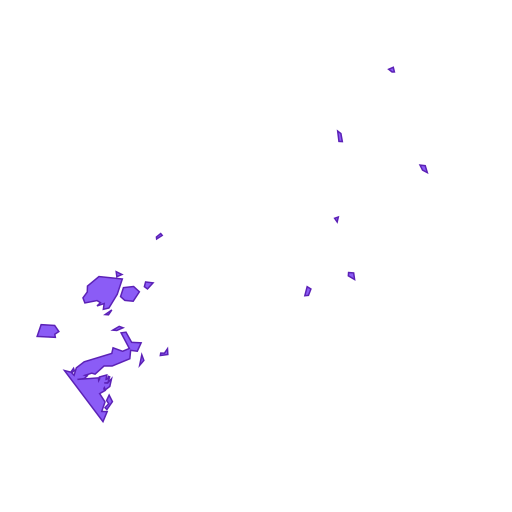 outline of Torres, Queensland, Australia, rotated 53°
{"feature_id": "25037944B43303794043608", "entity_name": "Torres", "entity_type": "district", "adm_level": 2, "iso_a3": "AUS", "parent_name": "Australia", "parent_adm1": "Queensland", "projection": "equal_earth", "projection_center": [142.441, -10.073], "detail": "medium", "context": "isolated", "style": "filled", "palette": "violet", "viewbox_px": 512, "rotation_deg": 53, "n_neighbors": 0, "source": "geoboundaries", "source_scale": "gbopen_adm2", "svg_char_len": 1977}
<svg xmlns="http://www.w3.org/2000/svg" viewBox="0 0 512 512"><g transform="rotate(53 256 256)"><path d="M296.2,477.9L290.7,468.5L287.3,472.8L281.7,464.4L271.8,463.7L272.6,457.4L271.0,457.6L270.2,457.1L269.9,456.3L272.2,457.0L272.2,451.3L267.1,445.3L268.2,451.0L266.0,453.6L268.1,450.6L264.4,445.6L263.3,446.3L264.3,447.6L264.7,449.1L264.3,450.0L261.2,446.8L258.4,453.8L260.0,454.8L260.8,456.6L258.5,455.2L247.1,472.9L250.5,466.9L250.1,463.0L248.4,464.3L250.7,457.7L253.5,455.6L252.4,443.5L257.3,437.0L262.1,418.6L255.9,412.9L260.6,408.1L256.2,400.0L250.1,407.3L238.6,405.7L236.2,410.0L253.6,412.8L251.8,419.9L243.3,425.4L247.0,429.8L237.1,456.9L237.2,466.8L241.8,473.1L238.6,473.5L238.1,470.1L235.9,469.3L237.3,473.8L232.2,477.9L296.2,477.9ZM193.9,376.6L177.9,393.8L178.6,408.7L183.2,412.4L185.3,419.4L190.5,420.9L195.9,409.8L199.7,408.3L200.2,413.0L202.6,405.9L206.7,410.0L209.0,404.8L203.1,389.9L193.9,376.6ZM197.7,458.9L190.3,458.6L181.5,468.9L188.5,479.2L200.2,465.2L197.4,463.8L197.7,458.9ZM206.7,372.1L201.5,380.9L206.9,388.6L212.5,387.5L218.2,381.3L214.4,370.7L206.7,372.1ZM288.9,467.5L285.9,458.3L278.7,457.0L281.5,462.3L285.3,462.5L286.3,467.9L288.9,467.5ZM216.6,118.2L209.3,114.5L205.4,115.6L214.4,120.8L216.6,118.2ZM311.3,233.6L317.1,240.9L319.0,237.8L315.4,232.0L311.3,233.6ZM324.9,192.0L327.4,194.2L334.1,191.4L328.3,188.2L324.9,192.0ZM215.5,354.4L210.3,359.8L213.3,363.6L217.0,362.5L215.5,354.4ZM282.1,70.3L287.6,71.3L292.5,69.0L285.7,66.5L282.1,70.3ZM276.8,382.5L278.5,387.6L276.2,390.5L277.9,392.3L281.6,385.7L276.8,382.5ZM266.2,406.7L273.3,414.7L271.9,408.4L266.2,406.7ZM212.3,403.6L212.0,411.7L214.2,409.2L212.3,403.6ZM186.7,37.7L190.9,36.6L192.3,34.7L187.9,32.8L186.7,37.7ZM180.7,318.6L180.9,324.1L182.6,325.1L183.1,318.5L180.7,318.6ZM229.0,415.0L231.7,412.0L233.3,405.4L229.9,407.6L229.0,415.0ZM188.8,379.6L190.1,374.2L184.4,377.1L188.8,379.6ZM277.7,170.7L274.4,166.8L273.2,170.5L277.7,170.7Z" fill="#8b5cf6" stroke="#5b21b6" stroke-width="1.5"/></g></svg>